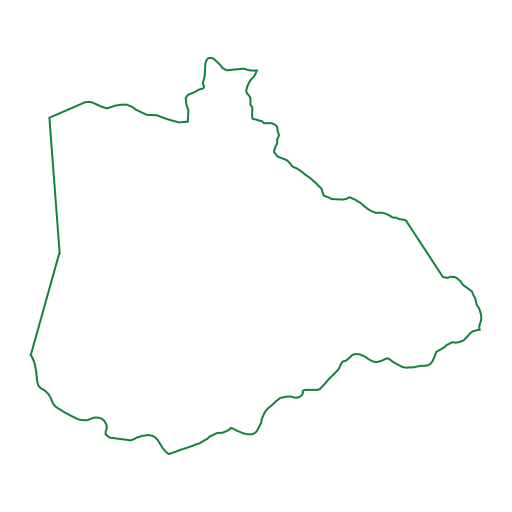 Bordelais, Praslin, Saint Lucia
{"feature_id": "8701671B2612636818679", "entity_name": "Bordelais", "entity_type": "district", "adm_level": 2, "iso_a3": "LCA", "parent_name": "Saint Lucia", "parent_adm1": "Praslin", "projection": "albers", "projection_center": [-60.899, 13.896], "detail": "fine", "context": "isolated", "style": "outline", "palette": "green", "viewbox_px": 512, "rotation_deg": 0, "n_neighbors": 0, "source": "geoboundaries", "source_scale": "gbopen_adm2", "svg_char_len": 5928}
<svg xmlns="http://www.w3.org/2000/svg" viewBox="0 0 512 512"><path d="M49.4,117.7L59.7,253.8L59.1,253.9L37.9,329.7L30.7,355.3L30.9,355.4L31.1,355.6L31.3,355.8L32.1,357.3L32.5,358.0L32.6,358.3L32.8,358.7L32.9,359.0L33.5,360.5L34.0,361.8L34.4,362.8L34.7,363.7L35.0,364.8L35.0,365.3L35.1,365.7L35.2,366.1L35.3,367.2L35.6,368.2L35.6,368.8L35.8,369.5L35.8,370.0L36.0,370.9L36.1,371.3L36.1,371.6L36.2,372.2L36.2,372.6L36.4,373.3L36.4,373.7L36.5,374.9L36.5,375.7L36.7,376.2L36.8,376.9L36.9,378.6L36.9,379.0L37.0,379.5L37.0,379.8L37.1,380.4L37.2,380.6L37.4,381.6L37.5,382.3L37.7,383.2L37.9,384.0L38.2,385.1L38.6,385.9L40.5,388.0L41.8,388.8L42.8,389.4L43.2,389.6L44.1,390.1L44.8,390.6L45.3,391.0L45.5,391.2L45.9,391.4L46.1,391.6L46.5,392.1L46.8,392.4L47.1,392.7L47.6,393.3L48.5,394.2L49.0,395.0L49.6,396.0L50.0,396.7L50.5,397.6L51.0,398.6L51.4,399.7L51.8,400.6L51.9,400.9L52.2,401.6L52.9,403.0L53.2,403.6L53.4,403.9L53.8,404.5L54.0,404.8L55.0,406.0L56.0,406.9L57.0,407.5L57.3,407.8L57.8,408.2L59.3,409.1L62.1,410.8L64.6,412.3L66.4,413.3L67.3,413.8L70.1,415.3L72.2,416.4L73.6,417.1L75.9,418.2L76.1,418.3L76.5,418.5L77.8,419.1L79.1,419.6L81.1,420.0L81.4,420.0L86.8,420.3L89.6,419.3L94.2,417.6L96.3,417.6L98.2,417.6L101.7,418.7L103.9,420.5L104.2,420.7L105.8,423.5L106.2,424.1L106.4,424.6L106.9,427.9L105.7,431.3L105.7,431.6L105.7,432.7L105.6,434.3L109.3,437.5L111.2,437.8L119.5,438.9L127.4,439.9L130.3,440.4L133.0,439.6L137.2,437.4L138.6,437.1L139.4,436.8L141.2,436.2L142.4,435.9L145.0,435.5L147.4,435.1L151.2,435.4L151.9,435.7L152.3,435.9L153.2,436.2L154.5,436.8L157.7,440.0L157.9,440.3L159.8,443.4L162.2,447.4L163.8,449.5L164.7,450.5L167.2,453.0L169.0,454.1L171.6,453.1L172.3,452.8L174.9,452.0L176.6,451.4L177.2,451.1L182.0,449.3L188.5,447.3L192.1,446.0L194.5,445.0L195.2,444.7L195.4,444.7L195.9,444.4L196.3,444.3L199.7,443.3L203.0,441.2L204.4,440.2L204.8,440.1L206.5,439.3L207.3,439.0L209.5,436.6L211.8,435.6L212.9,435.1L215.2,433.9L216.9,433.2L217.5,433.0L219.8,432.9L222.1,432.8L222.6,432.6L224.2,432.1L224.7,431.9L227.9,430.5L229.6,429.3L230.4,428.6L230.8,428.1L232.9,428.5L235.3,429.8L237.3,430.9L238.1,431.2L239.1,431.6L241.5,432.6L244.0,433.5L245.8,433.9L248.0,434.3L251.2,434.3L252.0,434.2L252.5,434.1L254.0,433.4L255.3,432.7L256.1,431.9L257.0,431.0L257.2,430.6L259.4,426.2L261.1,422.9L261.3,422.0L261.7,419.1L262.4,417.6L264.2,413.5L264.6,412.7L264.9,411.9L265.6,411.1L268.1,408.3L271.9,405.2L275.9,401.3L276.4,401.0L276.6,400.8L276.8,400.7L278.9,399.0L280.2,398.0L283.5,397.3L284.3,397.1L284.9,397.0L286.6,396.6L288.1,396.5L290.8,396.5L292.4,397.0L292.7,397.1L293.4,397.3L294.3,397.6L295.7,397.6L298.1,397.5L299.6,396.8L300.4,396.4L301.1,395.7L302.3,394.6L302.8,393.5L302.9,393.3L302.7,391.7L302.6,391.3L302.9,390.8L303.1,390.5L304.6,390.0L307.7,389.9L312.9,389.9L313.5,389.9L317.5,389.9L318.5,389.6L319.8,389.1L322.3,386.5L324.7,383.9L328.1,380.0L328.5,379.4L329.2,378.7L334.8,373.2L335.1,372.8L337.6,370.4L339.3,368.2L339.9,366.6L340.1,366.1L340.5,364.8L342.1,362.5L342.6,361.7L343.2,361.4L343.6,361.2L345.8,360.8L346.1,360.5L348.3,358.8L349.9,357.3L352.5,354.9L355.1,354.0L359.5,354.3L362.5,355.5L363.5,356.0L365.7,357.0L365.9,357.1L366.3,357.5L366.7,357.8L368.3,359.1L372.9,361.5L376.6,362.1L380.7,361.1L381.2,360.9L384.8,359.3L385.0,359.2L385.4,358.9L385.8,358.7L388.2,358.4L389.2,359.1L390.5,360.0L392.0,361.2L392.5,361.6L395.8,363.5L398.1,364.8L398.6,365.0L399.1,365.3L401.3,366.4L402.6,367.1L405.7,367.6L406.6,367.7L409.5,367.4L409.9,367.4L412.8,367.4L417.9,366.4L418.3,366.3L421.3,365.9L421.6,365.8L422.0,365.8L422.9,365.8L426.8,365.6L429.9,364.3L430.4,363.8L431.0,363.1L432.5,361.3L432.7,360.9L433.1,359.8L433.9,358.2L434.0,358.0L434.9,355.7L436.2,352.0L439.4,350.1L440.3,349.6L443.5,347.8L444.5,347.2L445.7,345.9L446.5,345.1L448.2,344.3L450.1,343.3L450.5,343.1L453.0,342.1L454.7,342.6L455.2,342.7L456.1,342.6L456.5,342.5L459.6,342.1L462.5,340.8L463.7,340.3L464.4,339.6L467.2,336.6L469.1,334.5L470.3,333.1L472.8,331.4L476.1,330.4L477.9,329.9L478.7,329.9L479.6,329.9L479.5,328.8L479.2,326.1L480.1,323.6L481.0,320.5L481.3,318.1L481.0,314.7L480.1,311.4L479.5,309.5L478.3,307.1L476.8,305.2L475.3,298.8L472.7,293.6L472.1,291.7L469.1,289.3L465.5,286.8L462.8,284.7L460.5,281.3L456.6,277.9L454.5,277.0L452.4,277.0L450.3,276.7L447.7,277.9L442.9,277.0L406.0,220.6L404.5,219.9L402.7,219.5L399.5,219.2L397.1,218.1L395.7,217.6L394.3,217.7L392.3,217.3L390.1,215.9L387.3,214.4L384.6,213.3L381.3,212.7L376.1,212.9L373.9,212.0L372.4,211.6L370.3,210.4L367.6,208.8L364.2,206.2L361.4,203.6L359.5,202.2L357.5,201.2L355.7,200.0L354.3,199.3L351.7,198.2L350.1,197.3L349.4,197.4L347.7,198.2L347.1,198.6L346.0,198.9L342.7,199.6L331.4,199.0L330.4,198.4L328.6,197.4L324.5,195.9L323.5,195.1L321.8,189.8L321.2,188.2L319.7,187.0L318.0,185.2L317.8,185.0L315.4,182.6L314.4,181.8L309.8,177.7L306.2,175.4L302.7,172.5L302.4,172.3L299.8,170.3L296.5,168.3L294.3,167.4L292.8,166.7L291.6,165.7L290.5,163.9L288.1,161.3L286.5,160.0L278.4,156.9L277.1,156.0L275.0,153.2L274.4,152.6L274.0,150.2L274.8,149.0L275.5,146.3L277.1,143.8L277.2,142.0L277.1,139.4L278.1,137.6L279.0,135.4L278.7,134.2L277.6,131.3L277.5,128.9L277.1,126.8L276.2,125.8L274.6,124.5L271.3,123.1L266.1,123.2L263.9,123.1L262.0,121.2L258.6,120.4L255.7,119.4L254.5,119.2L253.2,119.1L252.4,117.8L252.1,116.8L252.2,112.0L252.4,108.6L252.0,106.6L250.9,105.5L250.3,104.4L250.5,101.9L250.4,98.4L249.5,96.1L247.2,93.6L246.4,91.9L246.3,90.4L247.1,87.0L249.2,82.3L251.0,79.4L253.8,76.8L254.7,75.5L256.9,70.5L253.1,70.6L249.2,70.3L243.8,68.7L235.9,69.4L226.9,70.3L223.0,68.4L219.1,63.8L213.7,58.8L211.6,57.9L208.3,58.2L206.5,60.1L205.3,63.8L204.7,75.9L202.8,83.3L204.0,86.4L203.4,88.3L198.3,89.8L195.6,91.7L188.1,94.8L185.7,97.9L186.3,104.1L188.4,110.3L187.8,121.7L178.8,122.4L166.7,119.0L156.5,115.2L146.9,114.9L136.0,109.7L132.1,106.9L127.0,104.7L121.3,104.7L115.3,105.6L106.9,108.4L102.0,106.9L92.4,102.5L89.1,101.9L85.2,102.2L49.7,117.6L49.4,117.7Z" fill="none" stroke="#15803d" stroke-width="2"/></svg>